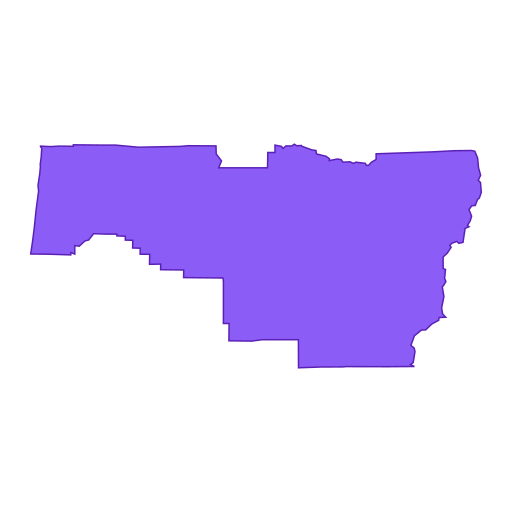 Lane, Oregon, United States of America (orthographic projection)
{"feature_id": "52423323B96718666714247", "entity_name": "Lane", "entity_type": "district", "adm_level": 2, "iso_a3": "USA", "parent_name": "United States of America", "parent_adm1": "Oregon", "projection": "orthographic", "projection_center": [-122.825, 43.864], "detail": "fine", "context": "isolated", "style": "filled", "palette": "violet", "viewbox_px": 512, "rotation_deg": 0, "n_neighbors": 0, "source": "geoboundaries", "source_scale": "gbopen_adm2", "svg_char_len": 1856}
<svg xmlns="http://www.w3.org/2000/svg" viewBox="0 0 512 512"><path d="M216.0,145.9L188.2,145.7L180.1,146.4L138.5,147.2L115.6,145.1L104.3,145.1L73.3,144.8L73.3,146.3L59.6,146.1L50.3,146.6L40.5,146.1L40.5,146.5L40.7,147.0L41.6,147.6L41.7,148.9L41.2,156.9L40.2,164.4L40.4,166.6L39.8,173.4L38.0,185.4L38.6,191.1L36.2,209.0L34.1,229.3L32.5,241.7L30.7,254.0L48.5,254.2L70.8,254.9L70.8,252.5L74.8,254.1L74.8,245.6L79.2,246.2L85.0,240.9L88.7,240.0L93.6,233.7L106.5,234.1L116.8,234.1L116.9,235.9L125.3,236.2L125.3,240.1L132.8,240.3L132.6,248.0L140.2,248.2L140.1,254.2L149.7,254.3L149.5,264.3L160.7,264.1L160.6,269.7L183.7,270.0L183.6,277.6L223.0,278.0L223.4,281.8L223.4,323.5L229.1,323.5L228.9,340.8L251.7,341.1L262.2,339.7L298.4,339.7L298.5,367.8L321.1,367.0L342.8,366.9L346.3,366.6L388.1,366.7L414.4,366.5L410.4,364.6L413.2,362.6L415.0,351.6L414.2,348.1L410.9,345.4L414.4,335.8L421.5,330.0L425.7,329.9L431.8,324.0L438.7,320.3L439.0,317.6L445.7,317.2L442.7,314.0L441.6,308.2L443.9,296.5L442.3,286.8L443.5,285.6L445.9,281.5L444.6,278.5L445.5,269.4L443.2,268.7L443.1,257.0L447.3,253.1L451.1,247.3L449.8,245.4L451.9,243.2L456.9,241.4L458.8,243.3L463.0,242.4L465.1,228.4L469.0,226.7L467.4,225.5L470.3,220.7L471.6,216.2L469.0,209.5L471.9,205.7L475.2,205.5L477.6,199.5L479.3,198.1L481.3,192.5L480.5,182.5L478.3,180.3L480.6,175.2L478.6,168.1L477.6,158.0L474.8,151.2L471.3,150.5L454.5,150.7L431.8,151.9L376.1,153.8L376.1,159.5L371.3,162.3L368.6,165.3L366.3,165.3L365.3,163.3L355.9,162.2L353.3,163.4L350.1,161.8L343.0,162.2L341.1,159.6L337.3,159.0L329.2,160.6L329.5,158.8L326.1,156.3L316.4,153.9L316.0,150.5L311.9,149.9L301.6,146.2L301.4,145.5L296.6,145.7L294.3,144.2L291.7,146.0L286.0,145.9L282.9,148.5L281.6,146.4L275.0,145.1L275.0,152.5L267.8,152.5L267.5,167.8L218.7,167.8L221.5,160.9L216.2,153.9L216.0,145.9Z" fill="#8b5cf6" stroke="#5b21b6" stroke-width="1.5"/></svg>